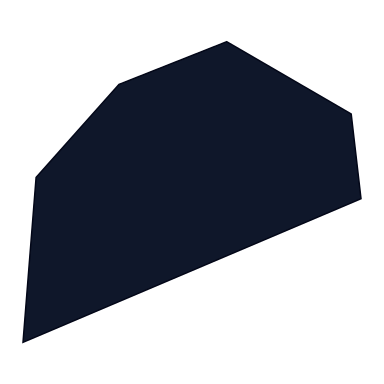 Monaco, orthographic projection
{"feature_id": "MCO", "entity_name": "Monaco", "entity_type": "country or territory", "adm_level": 0, "iso_a3": "MCO", "parent_name": "Europe", "parent_adm1": "", "projection": "orthographic", "projection_center": [7.412, 43.751], "detail": "fine", "context": "isolated", "style": "filled", "palette": "ink", "viewbox_px": 384, "rotation_deg": 0, "n_neighbors": 0, "source": "natural_earth", "source_scale": "50m", "svg_char_len": 212}
<svg xmlns="http://www.w3.org/2000/svg" viewBox="0 0 384 384"><path d="M361.0,198.7L23.0,342.3L36.1,177.4L119.0,84.4L226.7,41.7L351.2,114.0L361.0,198.7Z" fill="#0f172a" stroke="#020617" stroke-width="1.5"/></svg>